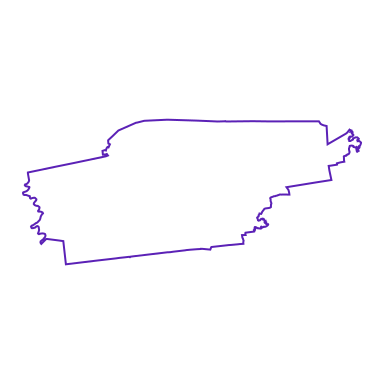 the district of Caldararu, Arges, Romania
{"feature_id": "2599482B11368679427282", "entity_name": "Caldararu", "entity_type": "district", "adm_level": 2, "iso_a3": "ROU", "parent_name": "Romania", "parent_adm1": "Arges", "projection": "natural_earth1", "projection_center": [24.963, 44.455], "detail": "fine", "context": "isolated", "style": "outline", "palette": "violet", "viewbox_px": 384, "rotation_deg": 0, "n_neighbors": 0, "source": "geoboundaries", "source_scale": "gbopen_adm2", "svg_char_len": 5844}
<svg xmlns="http://www.w3.org/2000/svg" viewBox="0 0 384 384"><path d="M243.4,243.8L243.3,242.7L243.3,242.0L243.6,240.7L243.5,240.3L243.2,239.8L243.0,238.8L242.8,238.3L242.4,237.8L242.0,235.1L245.6,235.0L245.4,234.2L245.3,233.1L245.5,232.7L253.8,231.6L254.3,231.5L254.4,231.2L254.0,230.5L253.9,230.0L254.2,229.8L254.7,230.1L254.9,230.1L255.1,229.8L255.1,228.4L254.8,228.1L254.6,228.0L254.7,227.8L254.7,227.3L254.8,227.1L255.1,227.0L256.0,227.2L256.3,227.5L256.4,227.8L256.6,227.9L257.0,227.8L257.4,228.0L257.8,228.3L258.1,228.4L258.5,228.2L259.2,228.4L259.5,228.4L259.7,228.5L260.5,228.6L260.9,228.6L261.5,228.1L261.4,227.9L261.1,227.5L261.0,227.2L261.1,226.7L261.4,226.6L261.7,226.8L262.3,227.5L262.8,227.2L263.4,227.1L263.6,226.8L264.1,226.7L264.8,226.9L266.4,226.3L267.8,225.2L268.2,224.5L268.1,224.2L267.7,224.1L267.0,224.1L266.2,224.0L266.1,223.9L266.1,223.6L266.2,222.9L265.5,223.0L265.1,223.0L264.8,222.7L264.7,222.5L265.0,222.3L265.3,222.3L265.8,221.8L265.8,221.5L265.7,221.2L265.5,221.4L265.3,221.7L265.1,221.8L264.7,221.8L264.7,221.3L264.4,220.8L264.3,220.2L264.2,219.6L264.0,219.3L263.8,219.1L263.6,219.4L263.2,219.5L262.9,219.5L262.4,218.7L262.1,218.8L261.2,218.9L261.0,219.2L260.6,219.4L260.4,219.6L260.4,219.9L260.0,220.3L259.4,220.4L258.7,220.7L258.0,220.3L257.9,219.6L257.6,218.7L257.1,217.8L257.5,217.2L258.3,216.7L258.6,216.4L258.6,215.2L259.1,214.8L259.5,213.5L261.2,213.9L261.5,213.4L262.2,211.8L263.1,210.6L263.9,209.6L264.4,208.8L265.7,208.4L268.9,208.0L270.2,207.6L270.9,207.1L271.0,204.4L271.4,203.7L271.2,203.0L271.2,202.4L270.9,201.9L270.6,201.0L270.6,199.3L270.3,198.6L270.2,198.2L270.4,197.8L270.7,197.5L271.7,197.1L272.9,196.7L273.6,196.4L274.0,196.2L274.9,196.2L275.4,196.1L275.9,195.8L276.2,195.8L277.6,195.4L277.8,195.2L278.8,195.0L279.4,194.6L279.8,194.5L281.7,194.6L282.5,194.5L289.4,194.6L289.2,192.9L288.8,191.2L288.5,190.0L286.5,187.2L316.7,182.3L330.8,180.1L331.4,180.0L329.4,170.5L328.7,165.9L330.4,165.7L336.8,164.7L337.1,164.6L337.1,164.4L336.9,163.5L336.9,163.3L340.8,162.3L344.3,161.7L344.0,160.2L343.9,157.0L343.8,156.5L343.9,156.3L344.2,156.1L346.1,155.7L346.1,155.3L346.3,155.1L347.3,154.8L347.5,154.7L347.5,154.4L348.8,153.9L349.1,153.5L349.6,152.1L349.6,151.8L349.3,151.2L349.3,150.7L349.0,149.8L349.0,148.4L349.1,148.1L349.5,147.3L349.5,146.7L349.8,145.9L351.1,145.6L352.0,145.6L352.3,145.8L352.9,145.8L353.3,146.0L353.2,146.4L353.5,147.0L353.9,147.0L354.3,147.2L354.6,147.2L354.8,147.2L355.1,147.3L355.4,147.5L355.8,147.5L356.4,147.1L356.6,147.6L356.4,148.8L356.4,149.3L356.9,151.6L357.4,151.7L357.5,151.5L358.2,151.0L358.6,150.9L358.5,150.3L358.1,149.8L358.1,149.5L357.9,149.1L357.9,148.7L358.1,148.3L358.1,148.1L357.8,148.1L357.7,148.0L357.7,147.8L357.6,147.4L357.8,147.3L358.3,147.6L358.5,147.5L358.5,146.8L358.7,146.5L358.8,146.6L358.7,146.8L358.9,147.6L358.5,147.9L358.4,148.1L358.7,148.2L359.2,148.0L359.5,147.5L359.5,146.4L360.1,145.5L360.9,143.6L361.0,142.5L359.4,141.1L357.8,141.2L357.9,140.6L357.6,140.4L357.3,140.3L357.3,140.1L357.8,139.9L358.4,139.7L358.8,138.8L357.3,137.4L355.6,137.4L353.1,138.4L353.1,139.2L353.0,139.5L350.3,141.0L349.3,141.0L349.1,139.8L348.7,139.6L348.6,139.0L348.6,138.5L348.7,138.3L349.4,138.2L349.7,138.0L349.8,137.7L349.3,137.3L349.3,137.1L349.9,136.6L350.2,136.5L350.9,136.7L351.8,136.5L352.7,136.0L353.4,135.0L353.1,134.5L351.8,133.5L351.8,133.2L352.3,133.0L352.5,132.9L352.6,132.7L352.5,132.4L352.0,132.5L351.9,132.3L352.3,131.6L352.1,131.4L351.9,131.4L350.9,131.6L351.1,131.3L351.2,130.9L350.7,131.0L350.6,130.9L350.8,130.4L350.7,130.1L350.3,130.0L349.9,130.1L349.5,129.7L347.2,132.6L346.0,133.6L328.6,143.7L327.6,144.3L326.6,126.0L323.9,125.4L322.0,124.7L320.6,123.9L318.9,121.3L268.8,121.4L252.8,121.2L233.8,121.4L226.0,121.5L225.2,121.1L224.7,121.3L217.9,121.5L217.6,121.5L208.7,121.1L196.5,120.6L167.3,119.7L144.2,120.8L136.7,122.7L136.1,122.7L118.4,130.5L112.4,136.3L108.3,140.1L108.1,140.6L108.4,143.5L109.9,144.3L108.5,147.4L107.5,147.0L106.5,148.4L105.9,150.5L104.8,150.1L102.5,150.9L102.9,154.6L105.8,154.4L106.8,154.0L107.9,155.5L105.9,156.3L73.9,163.0L55.2,166.8L27.9,172.5L27.9,173.4L29.1,180.3L28.8,181.6L27.9,182.8L27.2,183.6L25.9,184.3L25.3,184.3L24.8,185.1L25.3,185.9L26.0,186.3L27.5,186.5L28.7,186.9L29.3,187.0L29.4,187.5L29.0,188.4L28.3,189.6L27.1,190.8L25.8,191.5L23.6,192.2L23.1,192.5L23.0,193.1L23.5,194.6L24.3,195.0L25.0,194.9L25.6,195.0L26.3,195.0L27.1,195.3L28.4,195.8L29.8,196.2L29.9,196.9L29.9,197.7L30.1,198.1L30.6,198.6L31.3,198.5L32.0,198.1L34.2,197.7L35.0,197.9L36.0,198.9L36.4,199.3L36.3,199.9L36.1,200.5L35.7,200.8L35.0,201.6L33.9,203.1L33.8,204.1L34.7,205.1L36.3,205.8L37.8,205.9L39.4,207.1L39.5,207.4L39.5,207.7L39.3,208.8L38.8,209.9L38.1,210.8L38.2,211.4L38.7,211.6L40.5,211.6L41.2,211.8L42.5,212.4L42.9,213.1L43.0,213.4L42.7,213.7L42.1,214.1L40.9,216.2L40.7,216.7L40.4,218.1L40.2,218.9L39.8,219.7L39.5,220.3L38.7,221.0L38.1,221.7L37.3,222.5L36.4,223.0L35.9,223.1L34.5,224.2L33.1,225.1L32.3,225.5L32.0,225.8L31.8,225.9L31.6,225.8L31.4,226.0L31.0,226.7L31.6,228.0L31.9,228.2L33.3,228.1L34.0,227.8L34.5,227.8L35.4,227.4L36.1,226.6L37.1,226.1L37.5,226.1L37.9,226.3L38.5,226.7L38.7,227.3L39.1,230.0L38.9,230.8L38.7,231.5L38.5,232.3L38.2,232.9L38.0,233.4L38.3,233.8L38.7,234.1L39.2,234.1L40.6,233.6L42.4,233.4L44.0,233.6L45.1,234.1L45.5,235.5L45.2,236.8L44.3,238.0L43.7,238.5L43.4,239.3L42.4,239.9L40.6,241.4L40.5,242.7L40.9,243.4L41.3,243.9L46.0,239.2L46.4,239.0L47.3,239.0L59.0,240.5L63.3,241.1L65.9,264.3L95.8,260.7L115.8,258.4L119.3,257.9L125.0,257.3L129.2,256.8L129.8,257.2L130.0,257.2L130.3,256.8L130.4,256.7L133.4,256.3L161.5,253.0L167.3,252.3L170.0,252.2L173.3,251.7L185.3,250.3L186.2,250.1L190.4,249.7L197.0,249.2L200.7,249.0L200.8,248.8L202.9,248.9L210.3,249.6L211.2,247.2L211.5,247.0L226.8,245.3L228.4,245.1L231.4,244.9L237.8,244.3L239.4,244.1L243.4,243.8Z" fill="none" stroke="#5b21b6" stroke-width="2"/></svg>